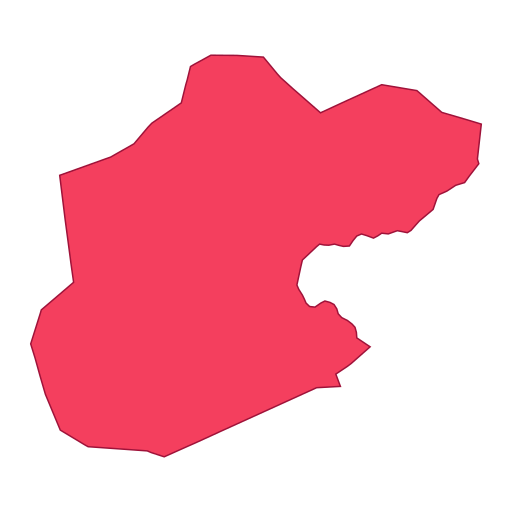 the district of Conceição do Canindé, Piauí, Brazil
{"feature_id": "56859067B81135579858436", "entity_name": "Conceição do Canindé", "entity_type": "district", "adm_level": 2, "iso_a3": "BRA", "parent_name": "Brazil", "parent_adm1": "Piauí", "projection": "mercator", "projection_center": [-41.54, -7.918], "detail": "fine", "context": "isolated", "style": "filled", "palette": "rose", "viewbox_px": 512, "rotation_deg": 0, "n_neighbors": 0, "source": "geoboundaries", "source_scale": "gbopen_adm2", "svg_char_len": 1468}
<svg xmlns="http://www.w3.org/2000/svg" viewBox="0 0 512 512"><path d="M88.1,446.7L125.0,449.3L147.3,450.9L151.0,452.5L164.2,456.8L187.2,446.5L195.6,442.8L219.6,431.8L316.6,387.7L340.4,386.4L335.8,374.1L347.6,366.2L351.3,363.4L370.1,346.8L356.8,337.9L356.4,332.4L355.0,327.3L352.1,324.1L347.6,320.6L341.7,317.6L338.2,313.8L336.8,308.9L334.0,304.5L330.0,302.4L324.9,301.0L320.9,303.0L315.0,307.1L309.6,306.5L306.0,303.0L304.3,299.0L302.4,295.1L298.8,289.4L296.9,285.0L300.8,266.8L302.4,260.0L316.6,246.6L319.6,244.1L324.1,245.0L328.8,245.2L334.5,244.1L339.0,245.4L343.5,246.4L349.4,246.0L353.1,240.5L356.8,236.0L361.5,234.0L367.0,235.7L373.5,238.1L377.7,235.9L381.7,233.2L388.3,233.9L397.3,230.7L402.0,231.6L407.3,232.7L411.0,230.4L415.9,224.8L419.4,220.9L433.1,209.4L436.9,198.4L439.0,194.6L446.9,191.1L455.7,185.3L460.9,183.7L464.6,182.6L469.2,176.2L478.8,163.7L477.4,159.0L481.3,124.1L469.4,120.5L464.7,119.1L441.8,112.4L416.9,90.6L381.7,84.7L348.0,100.1L341.9,102.9L337.6,104.9L320.5,112.8L292.7,88.5L280.6,77.6L277.1,73.7L273.0,68.7L263.4,57.1L241.6,55.7L236.7,55.4L220.6,55.3L210.9,55.2L194.8,64.0L190.5,66.5L187.2,79.9L185.8,84.7L181.3,102.9L151.8,123.2L148.0,127.2L134.0,143.8L123.6,149.7L116.9,153.5L110.6,157.1L106.6,158.5L59.7,175.3L65.2,219.9L70.1,256.8L70.9,263.0L73.1,278.6L73.6,282.3L68.6,286.6L41.3,309.9L40.3,313.4L30.7,343.9L35.1,358.1L40.1,376.1L45.4,394.3L60.3,430.1L84.7,444.8L88.1,446.7Z" fill="#f43f5e" stroke="#9f1239" stroke-width="1.5"/></svg>